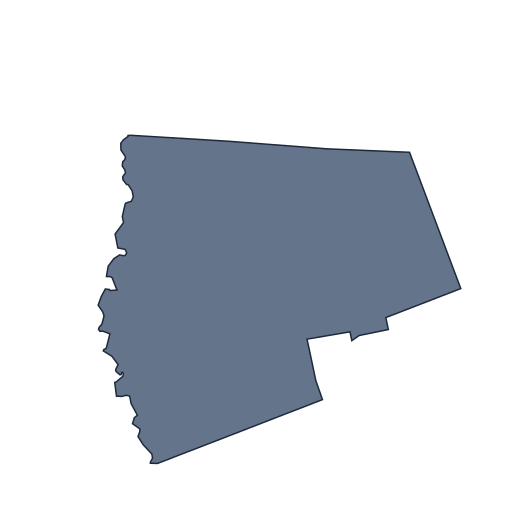 the district of Hidalgo, Texas, United States of America, rotated 69°
{"feature_id": "52423323B17892136313191", "entity_name": "Hidalgo", "entity_type": "district", "adm_level": 2, "iso_a3": "USA", "parent_name": "United States of America", "parent_adm1": "Texas", "projection": "albers", "projection_center": [-98.203, 26.412], "detail": "fine", "context": "isolated", "style": "filled", "palette": "slate", "viewbox_px": 512, "rotation_deg": 69, "n_neighbors": 0, "source": "geoboundaries", "source_scale": "gbopen_adm2", "svg_char_len": 1425}
<svg xmlns="http://www.w3.org/2000/svg" viewBox="0 0 512 512"><g transform="rotate(69 256 256)"><path d="M372.1,158.8L360.0,156.9L359.8,76.5L214.2,75.5L181.0,152.2L139.4,239.7L98.4,329.7L97.6,332.3L98.5,332.6L100.0,338.1L102.4,341.9L108.7,344.1L116.5,342.3L119.0,343.9L120.2,346.6L124.0,348.6L128.4,347.7L131.6,348.0L134.1,351.9L135.4,352.4L137.1,352.9L142.9,351.2L143.6,349.8L150.9,348.3L157.0,349.5L160.2,352.7L159.9,358.5L160.7,359.6L171.3,366.7L177.3,367.7L185.0,379.7L199.0,382.1L202.9,375.8L206.8,375.6L208.4,377.6L208.4,379.3L206.1,382.9L207.5,389.6L212.5,397.6L219.3,401.7L221.6,403.0L223.1,399.4L224.6,398.1L237.9,398.0L236.0,404.5L234.7,404.9L232.8,408.5L238.4,415.0L245.3,421.0L253.4,419.1L257.6,419.4L264.4,424.3L265.0,425.5L266.2,427.8L267.9,429.3L270.3,428.8L271.4,425.8L276.3,420.3L287.7,428.3L288.7,429.5L288.7,431.5L289.9,432.6L297.9,426.5L298.5,426.3L307.9,423.7L311.3,427.3L312.7,428.1L314.2,427.8L318.2,425.6L318.4,424.4L316.5,422.9L317.0,422.1L318.8,422.1L320.6,423.5L323.4,431.5L323.4,433.2L336.9,436.5L339.0,431.6L339.6,426.9L341.5,424.2L349.2,425.5L362.2,423.8L363.3,427.5L368.3,431.4L375.8,426.4L378.4,427.5L382.3,430.9L391.7,429.0L403.6,424.2L407.8,425.1L410.3,428.2L411.6,428.9L414.4,422.3L414.3,397.9L414.3,393.2L414.2,344.5L414.0,287.0L413.9,245.4L393.7,244.8L358.8,239.2L351.9,238.2L360.5,195.4L369.4,196.9L367.2,188.2L372.1,158.8Z" fill="#64748b" stroke="#1e293b" stroke-width="1.5"/></g></svg>